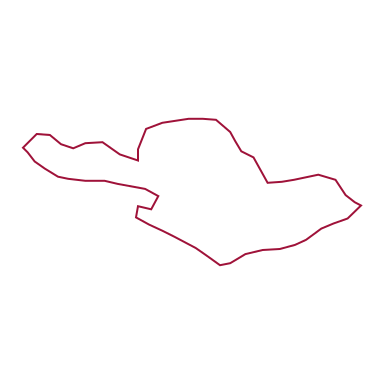 outline of Melanarga, Cyprus
{"feature_id": "46923920B8194209200989", "entity_name": "Melanarga", "entity_type": "district", "adm_level": 2, "iso_a3": "CYP", "parent_name": "Cyprus", "parent_adm1": "", "projection": "mercator", "projection_center": [34.202, 35.508], "detail": "fine", "context": "isolated", "style": "outline", "palette": "rose", "viewbox_px": 384, "rotation_deg": 0, "n_neighbors": 0, "source": "geoboundaries", "source_scale": "gbopen_adm2", "svg_char_len": 787}
<svg xmlns="http://www.w3.org/2000/svg" viewBox="0 0 384 384"><path d="M361.0,205.5L354.7,202.2L345.6,195.1L335.5,179.8L318.3,174.7L294.0,179.8L281.8,181.8L267.6,182.8L253.5,157.4L241.3,151.3L235.2,141.1L230.2,132.0L216.0,119.8L202.8,118.8L188.6,118.8L162.3,122.8L146.1,128.9L138.0,149.3L138.0,160.5L119.8,154.4L102.5,142.2L85.3,143.2L73.2,148.3L61.0,144.2L49.9,135.0L36.7,134.0L23.0,147.7L27.6,152.3L34.7,161.5L44.8,168.6L58.0,176.7L68.1,178.8L85.3,180.8L104.6,180.8L117.7,183.9L145.1,188.9L158.3,196.1L151.2,209.3L138.0,206.2L136.0,217.4L149.1,224.6L162.3,230.7L174.5,236.8L195.7,248.0L205.9,255.1L220.0,265.2L230.2,263.2L245.4,254.1L262.6,250.0L279.8,249.0L295.0,244.9L306.1,239.8L321.3,228.6L333.5,223.5L347.6,218.5L361.0,205.5Z" fill="none" stroke="#9f1239" stroke-width="2"/></svg>